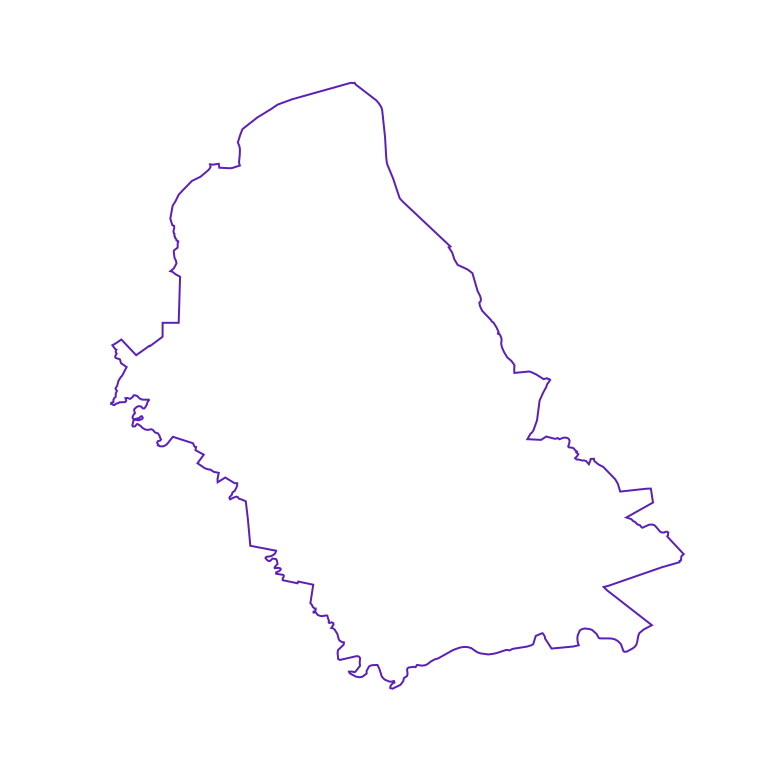 Cociuba Mare, Bihor, Romania (Robinson projection), rotated 172°
{"feature_id": "2599482B9172762662109", "entity_name": "Cociuba Mare", "entity_type": "district", "adm_level": 2, "iso_a3": "ROU", "parent_name": "Romania", "parent_adm1": "Bihor", "projection": "robinson", "projection_center": [22.04, 46.715], "detail": "fine", "context": "isolated", "style": "outline", "palette": "violet", "viewbox_px": 768, "rotation_deg": 172, "n_neighbors": 0, "source": "geoboundaries", "source_scale": "gbopen_adm2", "svg_char_len": 6123}
<svg xmlns="http://www.w3.org/2000/svg" viewBox="0 0 768 768"><g transform="rotate(172 384 384)"><path d="M647.6,460.2L645.4,456.2L644.2,455.2L645.2,453.6L645.2,452.8L644.5,451.3L646.2,449.1L646.4,448.1L646.0,447.1L642.1,445.2L641.5,441.2L636.5,436.6L642.2,428.6L643.8,427.4L646.5,424.1L648.4,419.5L650.5,417.0L650.5,416.5L649.4,414.3L650.9,412.2L651.5,408.7L652.8,407.8L654.1,406.2L654.5,403.7L656.6,403.4L657.1,402.4L654.2,400.6L651.6,401.9L649.8,402.0L648.6,402.7L643.0,402.1L642.1,402.6L641.6,403.5L642.0,406.0L640.2,405.9L637.5,404.6L634.8,406.0L633.5,407.6L632.9,407.7L630.2,406.6L628.1,403.8L625.7,402.2L619.1,401.2L619.1,400.5L620.6,399.2L621.6,396.9L623.3,394.5L624.8,393.2L626.2,393.4L627.8,395.6L630.0,396.2L632.1,395.7L634.8,393.8L635.1,392.4L634.7,389.8L636.4,388.3L637.5,386.4L637.7,385.6L637.3,384.6L636.6,383.9L631.5,384.3L628.9,385.9L628.1,385.6L627.6,384.0L628.5,382.9L632.3,382.2L634.9,383.2L637.1,382.9L639.0,378.0L638.6,376.9L636.4,376.7L634.4,378.6L633.6,378.6L630.9,376.4L629.2,374.1L627.0,372.3L624.5,371.4L620.8,371.6L619.4,370.8L617.4,367.8L614.7,366.6L613.5,364.1L613.4,362.8L612.5,360.1L613.5,359.1L615.7,358.9L616.7,357.8L616.8,357.1L615.8,355.0L616.3,354.6L614.5,353.5L611.3,353.0L608.6,353.8L607.1,354.8L600.4,361.1L581.4,351.9L580.5,348.8L580.1,348.2L578.9,347.8L579.9,344.7L572.3,339.1L579.7,331.5L573.0,325.4L569.7,323.8L568.1,323.6L564.8,320.7L560.0,319.0L562.1,313.1L562.4,309.8L554.2,313.5L545.8,306.6L543.2,306.2L543.5,304.0L544.9,301.4L547.0,298.7L549.0,297.9L550.2,295.4L552.5,293.6L553.0,292.7L552.4,291.2L548.6,292.5L545.6,293.0L544.5,292.3L543.5,290.5L541.7,289.8L537.2,287.1L537.6,269.1L538.9,242.4L514.1,233.9L515.0,231.9L516.4,230.6L519.9,229.2L524.5,229.2L525.4,228.5L525.6,228.0L523.8,225.4L522.2,224.6L521.1,224.8L518.6,226.7L515.2,225.6L514.6,223.7L514.5,220.6L517.8,217.8L517.8,216.8L514.0,216.6L512.5,216.0L512.0,215.1L512.7,214.0L513.5,213.5L517.1,212.4L517.2,211.1L510.3,209.0L509.9,208.3L510.1,207.1L511.3,205.8L511.6,203.8L497.4,198.7L496.4,200.3L482.0,195.1L487.4,177.2L486.1,175.3L485.6,173.3L484.0,171.3L482.9,171.1L483.4,169.0L485.5,168.3L485.6,167.5L483.7,167.3L482.9,166.7L481.8,164.5L479.5,163.3L477.7,162.7L473.6,162.9L472.4,162.5L472.0,159.2L471.4,157.2L472.0,156.0L471.8,155.2L471.1,154.9L469.1,155.3L467.5,154.3L467.4,152.9L470.1,149.8L469.1,149.6L467.0,147.6L465.0,143.0L464.3,137.3L463.7,136.2L461.6,134.3L459.6,133.7L460.3,131.4L466.6,126.9L467.4,124.1L467.6,117.9L466.0,116.9L449.2,118.3L447.6,118.0L446.7,117.4L445.8,115.9L446.8,111.7L447.0,108.2L452.1,103.3L453.1,102.7L456.1,103.8L458.7,104.0L458.2,102.3L452.7,98.2L449.2,97.0L446.2,97.1L441.5,99.7L441.2,102.2L438.2,106.3L436.9,106.9L434.8,107.2L429.6,106.7L428.2,102.5L426.9,94.6L425.3,92.2L424.2,91.0L420.5,88.8L418.7,88.2L415.5,88.5L415.3,86.8L416.3,86.8L418.3,85.4L419.8,83.7L420.1,82.0L417.9,81.1L409.6,83.8L407.2,86.1L406.1,87.5L405.3,89.9L401.7,91.7L401.0,93.9L400.9,98.0L400.3,99.1L399.2,99.8L394.1,99.8L392.1,99.2L390.4,101.2L385.5,99.8L382.1,99.8L379.6,100.7L376.4,102.6L372.3,104.2L368.7,104.7L352.4,111.0L345.8,112.4L341.3,112.5L337.7,111.8L334.5,110.4L329.0,105.4L325.9,103.8L318.5,101.7L313.9,101.6L309.8,101.9L300.4,103.6L298.5,103.4L296.9,102.7L293.6,103.8L278.5,104.1L274.5,104.8L272.5,105.5L268.8,113.4L262.0,115.2L261.5,115.0L260.6,113.3L259.9,111.4L259.9,109.5L254.9,98.7L233.1,97.7L227.5,98.2L228.1,101.4L227.9,105.5L227.2,108.0L224.7,112.2L223.7,113.1L221.6,113.8L218.9,113.9L214.9,112.8L212.8,111.9L211.8,111.1L208.3,106.9L206.6,102.6L205.8,102.1L194.4,100.4L190.7,98.9L187.9,96.6L185.6,93.4L184.1,86.3L183.3,85.4L180.8,85.2L174.7,87.5L172.7,88.5L170.6,90.4L169.4,92.7L167.2,99.3L165.8,101.8L160.9,104.8L152.3,107.9L191.7,148.5L194.7,152.4L190.0,152.9L134.1,163.9L116.2,166.4L115.9,167.7L114.6,167.8L113.4,172.1L110.9,173.8L124.7,193.5L124.4,194.2L123.8,194.6L123.5,196.4L123.1,197.3L124.0,198.2L125.5,198.5L127.4,197.9L130.0,198.5L131.1,199.3L135.0,205.5L136.0,206.6L138.0,207.5L140.9,207.8L148.1,205.7L149.3,206.8L150.0,208.3L152.8,209.9L154.6,212.5L156.4,213.6L157.8,215.7L162.6,218.1L134.1,229.2L134.3,243.3L139.2,243.8L165.1,244.6L166.3,252.6L168.3,257.5L178.4,271.4L182.8,274.5L186.1,278.0L186.7,279.6L186.5,280.7L189.7,281.1L190.3,279.4L192.3,276.0L194.6,279.6L196.7,280.5L198.4,280.6L201.7,282.1L203.8,282.4L205.1,284.0L203.1,285.4L201.3,287.5L203.1,289.5L202.3,290.1L204.1,292.0L204.9,293.7L206.3,294.6L209.7,295.6L210.3,296.4L208.8,299.5L208.1,302.2L208.8,304.1L210.3,305.2L213.1,305.9L218.1,304.9L219.4,306.3L221.5,305.9L222.8,306.1L230.7,309.4L236.2,306.8L249.7,309.4L245.8,314.4L244.2,315.3L242.4,317.4L237.5,326.8L232.2,346.0L227.6,353.3L223.7,358.5L222.6,360.9L218.9,364.8L219.6,365.8L220.9,366.1L221.2,366.7L222.1,367.0L225.3,366.6L231.8,372.2L236.9,375.5L238.6,376.2L253.3,376.8L253.2,379.4L252.2,384.5L254.6,389.1L258.3,393.3L260.7,399.0L262.0,403.6L262.4,407.4L261.4,411.3L261.4,413.2L262.4,417.0L264.0,417.7L264.2,418.1L264.1,418.6L263.2,419.3L264.6,424.0L266.9,429.4L268.6,430.9L269.0,432.2L276.6,442.9L278.1,447.7L278.3,451.2L276.7,452.6L276.2,454.9L276.6,457.9L278.4,463.1L281.0,481.4L285.3,485.8L294.5,491.7L297.0,497.8L298.2,504.7L300.9,510.4L299.1,510.9L339.8,561.7L342.6,565.7L346.4,586.3L350.1,600.6L350.4,603.1L350.3,607.6L348.6,628.3L347.7,655.3L348.1,658.3L350.0,662.6L352.2,666.0L370.2,684.3L371.2,686.4L372.2,686.1L374.8,686.9L435.1,678.8L450.7,675.4L457.5,672.0L472.1,665.7L488.2,656.4L488.9,655.7L491.6,650.9L495.1,643.6L494.1,639.4L494.0,636.4L495.0,630.7L496.7,623.8L496.6,621.6L496.3,620.4L503.7,619.1L506.0,619.0L517.0,621.1L517.0,625.1L523.0,625.0L525.7,625.8L525.6,622.8L527.8,620.5L536.8,614.8L546.0,611.8L556.7,603.5L561.0,600.0L565.2,593.8L568.5,589.9L572.6,577.5L571.5,570.7L569.9,569.9L569.9,568.1L571.3,564.4L571.1,562.5L570.6,562.0L571.0,559.9L570.5,559.1L570.7,557.9L569.6,556.6L569.5,555.1L567.9,554.0L567.8,553.6L568.6,552.7L569.4,547.8L573.4,545.5L573.8,544.0L573.9,538.3L572.9,535.1L572.7,532.3L576.0,527.8L579.8,525.4L577.9,524.6L575.2,521.7L571.0,518.6L578.8,473.2L594.7,475.4L596.7,461.6L610.6,454.0L611.0,454.5L625.4,447.0L637.9,464.6L643.9,461.6L647.6,460.2Z" fill="none" stroke="#5b21b6" stroke-width="2"/></g></svg>